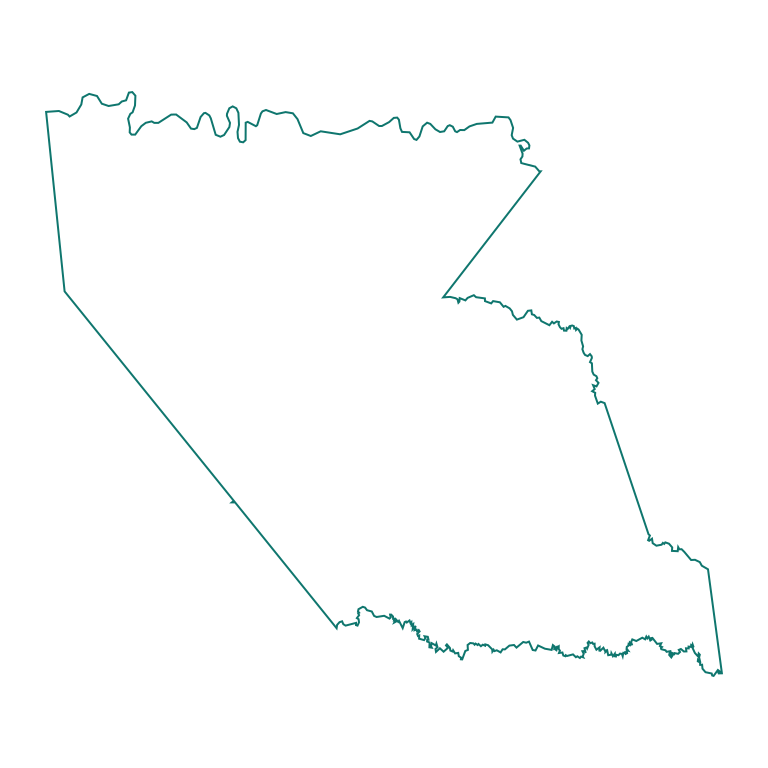 the district of Arauquita, Arauca, Colombia
{"feature_id": "7082276B94752560507760", "entity_name": "Arauquita", "entity_type": "district", "adm_level": 2, "iso_a3": "COL", "parent_name": "Colombia", "parent_adm1": "Arauca", "projection": "equal_earth", "projection_center": [-71.114, 6.791], "detail": "fine", "context": "isolated", "style": "outline", "palette": "teal", "viewbox_px": 768, "rotation_deg": 0, "n_neighbors": 0, "source": "geoboundaries", "source_scale": "gbopen_adm2", "svg_char_len": 6111}
<svg xmlns="http://www.w3.org/2000/svg" viewBox="0 0 768 768"><path d="M234.2,501.3L336.6,628.2L337.1,624.9L339.5,622.2L342.1,621.3L343.3,624.2L345.6,625.6L356.0,622.9L356.0,625.1L357.5,625.6L359.0,622.3L358.6,619.2L356.9,618.1L359.1,615.2L358.1,613.2L359.1,612.7L358.0,611.4L358.5,609.2L362.8,606.8L365.1,607.6L367.0,610.2L371.8,611.5L374.1,615.9L376.6,617.0L384.2,615.8L389.5,618.6L390.7,617.4L390.1,614.6L391.2,614.6L393.0,616.5L393.1,618.8L394.5,618.7L394.0,620.5L395.3,620.4L394.3,622.5L396.5,621.3L396.5,620.0L398.2,621.9L399.0,620.8L402.7,628.1L404.7,622.1L406.0,621.5L406.8,622.5L409.5,620.5L410.5,623.2L411.4,622.2L411.6,625.4L413.2,624.1L412.7,629.2L415.6,625.9L414.6,630.2L416.5,629.6L417.0,631.2L418.7,630.0L419.6,631.4L417.2,634.0L418.0,636.0L419.2,635.5L419.1,638.7L424.1,640.1L425.4,638.1L424.6,636.3L427.8,636.8L428.5,639.7L427.2,639.8L427.1,641.5L429.6,642.5L429.4,647.3L431.8,647.7L431.0,646.1L431.8,643.2L435.8,645.5L436.4,643.6L437.5,647.2L435.5,649.0L436.0,651.9L439.9,648.3L443.6,651.7L448.0,647.8L446.0,645.4L446.9,644.4L449.9,647.9L450.4,650.6L452.6,651.5L453.1,650.2L455.1,653.4L458.2,652.9L458.8,656.2L461.1,657.7L460.9,659.3L462.2,659.4L465.3,651.0L467.9,649.9L467.6,645.0L470.2,643.0L473.5,643.4L474.6,644.7L475.6,643.6L477.6,645.0L478.5,644.0L480.9,646.2L482.8,644.7L485.1,645.7L485.3,644.4L488.1,645.2L492.2,649.4L492.4,651.5L493.6,649.7L494.4,651.1L496.8,650.3L500.6,652.4L502.6,649.3L504.9,649.4L509.4,645.6L514.0,645.0L516.5,647.6L523.2,642.0L526.2,642.7L529.0,641.6L532.7,650.0L535.5,650.5L538.1,645.5L544.9,648.7L551.6,649.9L552.9,645.1L554.5,646.4L554.3,648.5L555.7,647.6L555.1,649.3L556.4,650.2L557.1,647.4L558.7,646.3L558.7,649.0L559.9,650.6L559.0,653.0L562.4,652.5L563.3,655.5L565.3,656.2L565.8,655.2L566.9,656.0L573.0,654.4L575.9,657.2L577.3,656.3L579.9,658.0L581.1,656.6L583.2,657.3L582.7,656.4L583.7,653.8L582.4,651.2L584.7,651.0L585.7,653.0L584.5,648.2L586.5,647.5L587.1,648.6L588.6,645.0L587.6,642.9L588.8,641.5L590.3,643.2L592.3,642.5L593.1,643.9L594.6,643.7L594.6,646.3L596.4,649.7L599.6,647.3L599.4,650.6L600.2,650.8L603.4,647.7L604.9,650.7L605.7,650.5L605.5,652.0L607.2,650.5L608.2,655.2L611.2,654.7L611.4,653.2L612.9,656.2L614.8,653.7L614.9,656.3L615.9,656.5L616.3,654.8L618.5,655.2L620.0,653.6L621.9,653.9L622.7,656.2L623.3,652.9L624.8,653.3L624.8,651.4L625.7,653.9L627.1,653.2L626.7,650.3L628.2,650.7L626.6,648.5L626.8,646.9L628.3,645.8L628.6,643.9L629.9,644.8L629.9,642.5L630.8,643.2L630.5,644.8L631.9,644.4L631.1,642.1L632.3,639.4L636.3,641.0L642.3,637.7L645.1,639.3L646.3,636.6L647.3,638.4L648.7,636.6L650.3,640.5L651.4,639.8L650.8,638.2L652.4,637.9L657.1,643.9L661.2,643.3L659.9,646.0L662.0,647.0L660.9,648.0L661.3,649.2L665.5,650.3L666.6,651.8L670.1,651.2L669.2,654.9L671.3,657.4L672.7,655.2L670.6,655.6L671.0,653.8L672.2,654.1L671.7,652.7L674.2,654.1L674.5,653.1L678.1,653.8L680.0,652.0L678.8,649.9L680.9,649.0L683.9,651.5L686.4,651.4L686.0,648.3L688.7,648.4L688.6,646.6L691.1,646.9L691.2,645.1L692.2,645.8L692.6,644.4L693.4,646.6L692.5,647.8L694.9,653.0L698.2,656.6L698.7,653.5L699.8,654.7L699.1,657.3L699.9,660.7L698.0,659.5L697.8,661.3L700.0,662.4L700.2,664.9L702.1,664.7L702.5,668.7L705.5,672.2L711.7,673.5L712.2,675.5L713.6,675.9L717.9,670.0L719.8,671.5L718.2,672.0L718.7,673.4L721.9,673.3L708.0,569.3L701.8,565.7L699.8,562.1L695.0,559.8L691.1,560.0L684.3,551.9L681.6,549.2L679.4,549.3L678.2,547.2L677.7,551.2L672.0,550.9L672.2,547.4L669.0,543.7L665.3,542.4L664.2,543.9L662.9,542.9L661.6,544.7L656.4,545.7L652.7,543.2L652.0,538.7L649.2,540.8L648.1,540.2L649.9,535.5L648.5,534.2L604.6,403.1L600.8,401.7L597.8,403.6L595.0,395.6L595.2,392.8L592.2,391.2L594.7,389.1L593.1,385.2L596.5,386.4L598.5,382.9L596.0,380.2L597.3,378.2L596.4,376.2L593.7,374.6L592.3,371.6L591.9,363.3L590.0,362.1L591.9,357.9L591.7,356.3L590.0,354.1L587.7,356.1L585.0,354.9L583.6,352.7L582.4,349.2L583.1,346.4L581.4,340.5L581.7,334.8L578.6,329.6L577.4,328.7L576.1,329.9L575.9,327.9L574.3,328.5L573.8,326.1L572.2,325.5L570.7,325.9L570.1,327.8L569.3,326.6L567.7,328.9L566.7,328.1L566.4,330.7L564.0,330.6L563.5,328.2L561.5,328.8L559.9,327.1L558.5,324.2L558.9,322.0L556.7,321.5L553.9,323.4L552.1,321.8L549.4,325.2L541.3,321.1L539.3,317.6L536.9,317.9L534.2,315.0L531.9,314.3L531.3,310.4L527.9,310.8L523.5,317.2L516.9,319.6L512.9,314.9L512.0,311.3L509.7,308.4L505.4,305.9L503.6,306.8L499.9,302.3L493.1,301.1L491.2,303.4L485.0,301.1L484.9,298.4L476.1,297.2L473.8,295.2L467.6,297.9L465.4,300.4L459.7,298.1L459.4,301.6L458.4,302.7L457.5,299.3L455.6,298.2L450.1,296.9L443.2,297.4L540.7,171.3L539.3,171.3L535.2,166.6L521.3,163.1L520.5,159.3L522.4,156.5L522.6,153.7L519.6,145.6L520.7,145.6L523.9,150.7L526.7,148.5L529.0,148.4L529.4,145.4L528.1,142.8L524.4,139.8L517.4,141.6L513.0,138.6L511.7,135.2L513.1,127.9L510.5,120.1L508.5,117.4L495.7,116.6L492.4,122.6L476.8,123.9L469.5,126.4L464.3,130.1L460.1,130.0L457.0,132.1L455.2,131.3L452.8,126.7L449.8,125.2L447.7,126.1L444.2,131.3L440.0,132.0L435.4,129.3L430.3,123.9L427.1,122.7L422.7,126.4L419.4,136.5L416.5,139.9L414.1,139.0L409.6,132.3L402.0,131.9L400.4,128.3L398.9,119.7L397.2,117.6L393.8,117.9L389.1,122.1L381.9,126.0L379.1,126.0L372.3,121.4L369.5,120.9L357.6,128.5L340.2,134.3L320.7,131.3L310.8,136.0L303.3,133.1L297.5,119.1L292.9,113.3L285.6,112.1L276.7,114.0L266.0,110.0L262.5,111.3L260.9,113.5L257.2,125.2L255.9,126.2L247.7,121.9L245.7,122.7L245.6,140.1L243.2,142.3L239.9,141.7L238.0,138.1L237.5,131.9L239.0,124.9L238.4,112.8L236.3,108.3L232.7,106.4L229.3,108.3L227.0,113.8L226.9,115.8L230.0,122.9L229.4,127.0L224.1,135.0L220.4,136.7L215.7,134.8L210.8,118.3L209.3,115.4L205.5,112.9L203.9,113.2L200.6,117.0L196.9,127.9L194.3,129.1L191.0,128.6L186.7,122.4L176.1,114.5L171.2,114.6L158.3,122.9L154.3,122.9L151.7,121.4L145.8,122.8L141.3,126.2L135.2,134.6L131.5,134.6L129.7,132.4L129.9,127.4L128.1,118.7L130.3,113.9L132.6,112.3L135.0,105.5L135.4,95.7L132.3,92.1L128.9,92.6L126.1,100.3L121.8,101.5L118.7,104.3L108.6,106.0L101.8,103.7L97.0,96.0L89.2,93.9L82.6,97.4L81.3,104.5L76.5,112.5L69.6,116.5L67.9,114.7L58.9,111.0L46.1,111.9L64.6,291.4L233.8,500.8L231.9,502.4L233.9,502.4L234.2,501.3Z" fill="none" stroke="#0f766e" stroke-width="2"/></svg>